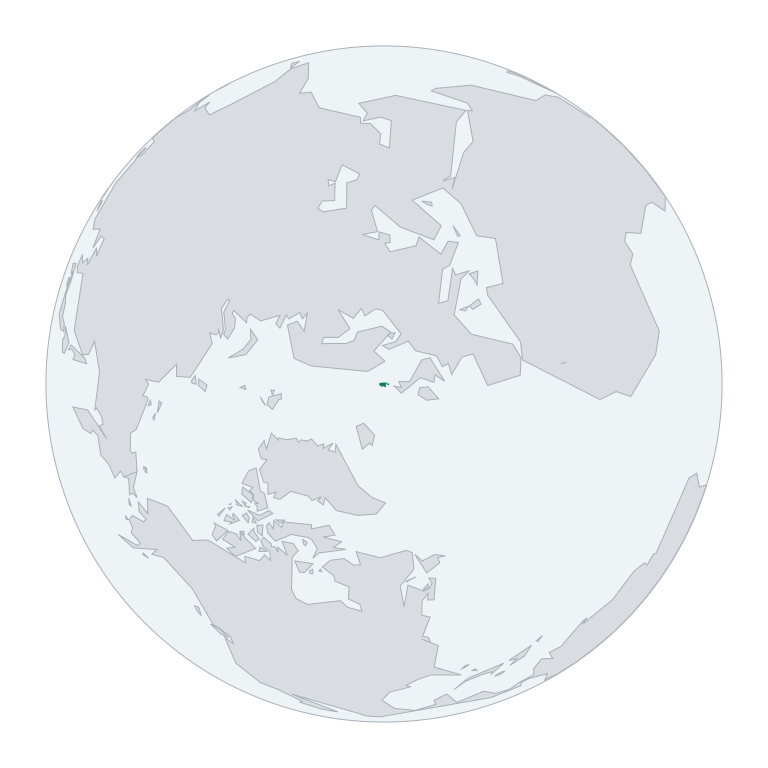 the Earth from above Shetland Islands, rotated 251°
{"feature_id": "GBR-2747", "entity_name": "Shetland Islands", "entity_type": "Unitary District (city)", "adm_level": 1, "iso_a3": "GBR", "parent_name": "United Kingdom", "parent_adm1": "", "projection": "orthographic", "projection_center": [-1.232, 60.181], "detail": "fine", "context": "on_globe", "style": "filled", "palette": "teal", "viewbox_px": 768, "rotation_deg": 251, "n_neighbors": 0, "source": "natural_earth", "source_scale": "10m", "svg_char_len": 13085}
<svg xmlns="http://www.w3.org/2000/svg" viewBox="0 0 768 768"><g transform="rotate(251 384 384)"><circle cx="384" cy="384" r="338" fill="#eef3f6" stroke="#a8b0b8"/><path d="M53.0,452.2L53.2,450.0L51.6,439.5L57.0,444.0L58.3,425.2L57.1,416.5L54.2,415.1L52.7,383.0L55.8,364.0L70.5,272.1L76.1,258.8L82.8,249.9L120.7,195.9L88.9,233.7L97.4,218.5L110.4,201.0L110.7,203.3L129.6,184.4L141.7,170.1L168.3,153.0L196.0,151.0L187.6,157.1L195.2,156.4L206.3,149.0L211.8,144.3L253.2,136.0L291.8,119.1L298.6,108.9L301.3,115.4L310.8,93.5L328.3,83.7L311.7,98.0L312.5,102.0L326.0,96.6L329.8,99.6L338.5,98.9L341.7,103.2L331.8,111.9L333.7,115.0L343.2,111.0L352.4,113.3L338.2,118.5L352.9,123.1L338.9,139.6L298.4,152.2L293.7,166.8L260.2,194.7L266.3,196.4L257.5,208.8L261.4,215.6L254.0,219.3L263.4,221.6L269.4,216.9L275.5,216.4L278.3,220.2L269.5,225.4L266.8,224.3L265.7,227.8L260.0,229.0L264.4,230.5L253.3,236.8L268.3,236.3L262.9,246.0L254.5,248.7L250.2,240.9L219.9,229.7L210.0,230.9L200.4,240.0L193.3,272.2L184.5,277.1L176.4,289.1L183.5,289.5L192.4,280.4L203.7,284.8L213.3,273.7L219.3,274.1L231.1,266.1L234.8,275.6L232.0,289.3L222.4,296.5L220.9,303.0L234.5,303.1L220.9,324.0L219.4,351.1L215.3,355.9L199.1,351.9L187.8,333.6L166.9,330.5L186.0,341.2L175.3,353.9L175.9,359.9L179.7,364.5L185.9,363.2L183.4,369.6L163.6,361.0L165.6,355.0L171.8,357.6L166.4,349.3L153.0,344.5L148.6,351.8L133.0,338.4L129.7,343.6L124.4,343.9L130.7,336.3L119.1,350.1L100.0,339.3L83.7,362.4L93.7,333.4L93.6,320.3L91.9,306.8L89.1,310.3L90.8,289.1L85.7,278.9L73.8,288.5L65.2,307.2L64.3,328.8L68.6,328.3L70.5,342.2L59.2,349.3L61.0,378.2L55.2,388.8L54.4,403.1L57.7,414.4L60.4,430.8L65.8,432.6L72.9,443.3L69.5,454.3L76.2,452.7L78.3,466.0L94.6,494.0L92.5,494.3L105.7,529.9L125.5,559.3L130.1,572.2L127.2,573.9L135.3,583.2L135.5,586.2L172.8,620.8L195.9,641.9L197.9,650.6L183.9,648.7L183.7,656.0L175.5,649.9L157.3,634.6L140.3,618.1L124.5,600.4L109.9,581.7L96.7,561.9L84.9,541.3L74.6,520.0L65.9,497.9L58.6,475.3L53.0,452.2ZM78.5,367.7L81.0,406.4L74.9,391.2L76.9,392.5L77.3,381.2L76.3,363.7L72.3,351.0L78.5,367.7ZM90.0,369.6L89.2,363.8L90.7,368.7L90.0,369.6ZM213.6,141.9L206.1,148.6L194.7,154.4L200.5,148.4L213.6,141.9ZM235.9,132.6L233.4,136.2L225.1,135.8L229.1,133.8L235.9,132.6ZM302.7,101.3L295.9,104.8L301.2,100.4L302.7,101.3ZM339.1,98.1L339.8,96.2L344.0,96.7L339.1,98.1ZM228.3,261.6L229.6,263.8L226.7,264.1L228.3,261.6ZM232.1,256.1L227.8,254.9L229.0,252.1L231.6,252.9L232.1,256.1ZM352.9,103.9L359.4,105.5L351.0,105.3L352.9,103.9ZM237.2,258.4L231.6,247.4L233.8,242.7L245.8,242.0L237.2,258.4ZM362.0,107.4L377.9,111.8L380.9,107.8L381.4,121.9L367.7,113.3L357.0,113.5L362.7,110.7L362.0,107.4ZM270.1,213.8L263.9,219.0L266.4,211.3L270.1,213.8ZM270.2,209.1L269.4,187.3L280.0,181.9L278.1,190.1L289.8,180.8L295.3,188.9L290.2,195.8L282.2,197.6L290.4,199.4L270.2,209.1ZM379.1,129.3L381.5,131.9L377.1,130.9L379.1,129.3ZM278.2,215.7L277.0,211.6L286.2,206.6L290.0,213.9L285.8,213.1L278.2,215.7ZM290.1,174.6L297.5,172.4L304.1,178.2L307.9,178.2L296.4,188.6L290.1,174.6ZM285.2,216.2L291.8,217.8L290.1,223.6L279.9,219.4L285.2,216.2ZM286.9,202.3L291.4,200.3L290.1,203.8L286.9,202.3ZM287.6,245.8L286.1,240.7L290.7,237.6L287.6,245.8ZM294.3,218.0L294.9,216.0L296.5,214.3L300.4,216.6L294.3,218.0ZM301.8,192.2L303.0,195.2L306.8,188.2L311.9,192.6L303.3,198.8L309.2,198.0L310.7,199.3L302.0,203.0L301.8,192.2ZM309.3,213.9L300.1,223.8L301.9,233.9L297.8,236.8L295.6,220.2L309.3,213.9ZM305.7,207.1L307.0,211.9L301.3,213.0L296.9,210.4L305.7,207.1ZM318.5,193.4L312.9,185.0L315.0,184.0L318.5,193.4ZM310.9,216.6L313.1,214.1L311.7,217.1L310.9,216.6ZM317.4,200.2L315.1,197.3L317.6,196.2L317.4,200.2ZM319.3,211.8L316.4,214.9L313.3,213.2L319.3,211.8ZM319.4,206.3L323.2,205.5L314.0,210.7L317.9,205.2L319.4,206.3ZM320.0,199.6L320.7,198.0L320.6,201.0L320.0,199.6ZM332.6,217.0L321.8,224.0L315.0,220.0L326.5,213.7L332.6,217.0ZM704.1,275.7L703.5,274.0L706.3,289.0L712.0,304.5L711.2,299.7L713.3,308.0L713.2,307.9L714.1,312.9L710.2,300.8L703.8,294.1L707.3,311.0L703.5,304.5L695.3,306.5L698.3,331.0L705.5,379.4L712.4,398.5L712.3,417.3L697.4,411.8L686.3,398.7L683.8,410.1L666.2,412.7L643.9,448.5L638.2,446.7L634.6,456.0L621.8,462.3L612.2,458.0L605.6,466.0L630.6,476.7L637.4,467.9L639.6,450.0L645.5,456.4L657.5,451.5L653.2,488.8L616.0,550.5L608.3,537.8L558.7,514.6L557.9,507.9L557.5,507.3L556.7,506.3L556.3,518.4L546.4,512.0L577.3,535.0L584.3,547.2L615.5,552.0L613.6,556.5L622.4,554.4L645.7,524.2L646.7,529.3L638.2,563.6L602.4,620.1L604.9,630.4L598.4,642.1L571.0,664.0L568.3,667.2L558.2,673.6L530.9,688.3L502.4,700.5L472.9,710.0L469.2,710.9L456.1,706.0L468.8,696.2L467.5,689.7L442.8,675.9L448.5,662.3L440.9,658.0L425.8,661.6L416.5,655.7L407.0,656.4L344.4,661.5L323.0,650.2L291.8,613.3L301.3,601.0L298.9,583.2L361.5,522.9L379.5,526.8L434.1,511.0L441.7,512.2L440.3,529.3L485.3,536.8L493.9,520.0L529.7,515.4L550.2,503.5L548.6,470.6L514.9,489.6L504.1,478.1L527.1,450.5L555.8,433.6L552.5,428.7L530.2,427.5L532.5,412.2L521.9,426.1L529.4,428.9L523.0,438.0L515.8,436.0L516.9,430.5L507.0,432.9L504.3,459.3L511.6,465.0L488.3,480.0L498.2,491.2L493.4,500.3L474.9,484.8L473.5,476.8L442.5,461.9L442.0,471.6L471.1,486.5L463.9,487.1L463.3,501.2L458.1,490.9L426.5,472.8L402.6,482.8L379.7,518.8L364.2,522.1L347.9,515.6L348.9,481.5L383.4,478.0L384.2,466.7L370.9,451.0L382.5,451.6L381.3,445.0L393.7,442.8L405.0,424.8L416.6,420.8L415.2,399.8L420.9,395.1L420.2,408.8L425.9,416.5L454.1,406.7L457.8,400.7L454.6,388.0L462.8,387.2L456.0,376.3L469.3,364.8L447.4,369.9L443.0,356.0L447.7,341.9L442.4,338.4L434.6,361.5L435.0,370.0L441.7,375.7L439.4,400.8L431.0,407.3L418.5,385.2L405.2,392.3L401.2,372.6L424.7,321.1L437.5,307.3L471.2,311.9L471.6,322.4L459.8,325.7L476.2,334.6L472.2,328.1L479.0,327.7L476.5,315.1L481.2,314.2L470.8,303.7L476.3,301.3L482.8,308.0L483.8,288.0L493.6,280.2L491.5,276.1L486.6,274.0L502.3,266.0L500.1,263.4L494.1,264.9L485.8,260.9L477.3,250.9L483.2,248.6L487.1,251.9L504.1,255.9L513.4,265.5L515.0,263.6L508.2,254.8L487.5,249.9L480.7,244.5L490.6,245.3L486.5,244.6L485.0,241.3L489.0,236.0L478.1,234.6L453.4,203.0L458.7,190.4L470.2,194.2L459.1,171.5L466.0,160.1L460.4,161.4L451.4,152.2L449.1,155.6L445.8,155.6L421.5,134.8L420.3,128.6L403.6,122.3L400.7,123.1L400.6,127.2L381.4,121.9L380.9,107.8L387.4,106.5L382.7,99.0L398.2,97.5L408.9,93.1L428.6,96.7L435.3,93.4L432.6,90.8L439.7,84.9L463.6,82.3L455.9,95.4L422.5,103.9L437.1,101.1L437.3,105.2L444.7,106.5L454.7,104.5L453.7,102.1L487.6,118.8L518.7,124.3L508.1,114.2L509.7,108.5L535.7,108.6L586.6,135.4L589.2,130.3L594.8,132.2L604.6,141.1L596.7,138.5L599.3,144.9L593.3,142.4L606.3,156.6L598.4,153.7L612.4,166.7L616.0,164.9L607.5,153.1L623.1,166.2L624.8,159.3L633.9,164.2L661.3,195.7L675.7,220.4L678.4,224.1L679.5,229.8L688.0,246.0L691.7,244.8L694.1,249.8L698.3,260.0L704.1,275.7ZM345.7,557.6L345.3,563.5L345.7,557.6ZM590.4,429.5L604.9,415.8L591.1,403.9L595.5,397.8L589.2,396.2L590.0,403.1L573.5,397.1L577.1,385.2L571.6,378.5L566.5,382.8L562.5,405.9L586.2,414.3L586.0,425.2L590.4,429.5ZM95.2,494.7L96.8,500.1L93.8,495.7L95.2,494.7ZM71.7,393.4L73.3,399.8L73.4,404.8L71.7,400.6L71.7,393.4ZM91.6,444.3L94.6,451.9L90.4,445.9L91.6,444.3ZM81.9,412.1L89.0,438.5L81.0,428.0L76.9,411.4L81.1,420.2L81.9,412.1ZM84.4,373.3L84.9,378.0L83.1,378.9L84.4,373.3ZM91.1,373.2L90.5,371.9L91.3,368.3L91.1,373.2ZM176.5,354.4L178.0,355.3L180.8,360.8L177.3,360.0L176.5,354.4ZM206.3,376.2L201.6,386.1L202.5,378.2L196.8,378.6L191.5,362.9L212.9,357.6L204.2,362.6L206.3,376.2ZM190.4,341.2L191.3,351.3L189.5,340.5L190.4,341.2ZM362.7,412.7L368.9,416.6L367.0,424.7L352.2,431.0L354.7,419.2L362.7,412.7ZM378.1,420.4L369.7,397.4L378.6,393.0L375.0,399.3L381.7,398.7L377.8,408.7L394.4,427.5L393.9,436.0L366.8,442.2L376.0,435.3L369.4,431.7L378.1,420.4ZM332.8,351.1L329.3,342.3L353.0,343.9L353.5,352.0L338.8,358.5L329.6,352.7L332.8,351.1ZM259.4,259.8L256.5,257.3L259.0,255.7L263.4,256.6L259.4,259.8ZM286.5,243.7L274.5,269.7L270.6,268.0L268.3,286.0L257.1,288.6L259.0,276.7L248.6,292.5L245.8,282.8L240.0,294.2L245.4,267.5L242.4,259.9L250.0,267.3L260.3,265.1L263.9,261.8L272.0,247.1L270.8,230.1L280.9,225.6L288.4,226.9L290.2,230.3L283.0,232.1L290.6,235.4L281.7,240.6L286.5,243.7ZM369.6,252.3L360.6,251.7L374.3,261.5L365.4,265.8L367.5,266.6L363.1,273.4L361.4,283.3L356.7,284.1L358.1,287.6L355.2,292.4L355.5,297.6L347.1,300.9L346.8,307.7L343.0,305.5L344.8,316.4L339.7,309.8L335.5,315.7L342.6,318.9L296.5,326.3L281.1,335.3L271.0,346.7L263.6,334.5L268.3,316.5L279.7,297.9L295.6,291.3L289.4,287.3L295.2,283.1L297.7,288.0L297.3,278.0L302.7,275.9L312.8,260.9L308.9,248.2L312.5,242.6L316.8,246.6L317.4,238.3L327.9,242.1L330.7,238.3L343.8,238.5L350.4,248.7L353.1,243.7L363.2,243.9L369.6,252.3ZM336.4,217.4L346.2,228.0L346.2,235.8L323.3,232.3L319.3,235.2L304.7,233.8L305.0,222.7L309.1,224.1L313.3,222.9L311.5,226.8L316.0,222.8L321.9,224.7L326.9,222.1L328.8,226.2L336.4,217.4ZM447.4,504.2L452.8,503.5L460.5,500.5L460.3,509.6L447.4,504.2ZM425.6,492.3L430.1,490.2L433.5,501.0L428.0,501.9L425.6,492.3ZM429.5,480.1L430.0,489.2L426.5,484.8L429.5,480.1ZM424.0,406.2L428.3,403.4L429.9,406.1L428.9,411.1L424.0,406.2ZM408.3,283.9L403.1,281.9L403.7,279.7L396.3,270.3L402.3,266.6L409.1,270.9L408.3,283.9ZM544.6,479.2L540.4,488.3L536.5,487.4L538.8,484.4L544.6,479.2ZM499.7,501.8L511.4,500.8L499.5,504.3L499.7,501.8ZM413.6,278.3L409.8,274.8L415.1,275.2L413.6,278.3ZM406.2,263.5L412.0,262.9L402.1,265.1L406.2,263.5ZM603.4,641.0L603.5,641.0L616.1,627.6L630.6,612.7L638.7,601.7L639.9,603.4L627.0,618.8L603.4,641.0ZM718.2,333.7L718.2,334.8L716.6,324.4L716.5,323.8L718.2,333.7ZM713.2,398.6L717.2,401.2L716.5,409.2L713.2,398.6ZM681.7,228.1L685.3,236.1L683.8,234.3L678.2,223.1L681.7,228.1ZM641.0,168.9L647.0,174.1L649.8,177.1L648.6,177.1L641.0,168.9ZM459.3,245.3L462.9,262.2L469.5,272.7L479.4,275.6L467.0,279.0L456.8,262.9L459.3,245.3ZM453.5,208.3L444.8,206.4L447.4,202.8L449.7,202.8L453.5,208.3ZM449.1,210.3L440.6,216.3L435.0,212.4L442.8,208.3L449.1,210.3ZM427.5,246.8L428.1,252.0L423.8,251.5L427.5,246.8ZM658.5,186.9L655.9,183.6L651.3,177.4L653.6,180.3L658.5,186.9ZM587.7,121.1L584.8,120.7L578.7,115.5L582.4,117.2L587.7,121.1ZM556.1,99.7L576.1,114.1L591.8,126.8L590.1,124.0L599.5,129.5L598.3,132.1L582.6,121.1L571.9,112.1L564.0,109.0L552.3,101.9L545.2,101.4L538.0,98.2L541.2,96.1L556.1,99.7ZM542.5,101.6L525.8,99.7L517.1,91.6L518.8,90.2L530.1,94.4L534.0,98.3L542.5,101.6ZM519.2,97.0L522.7,100.9L505.8,109.5L500.0,109.4L508.4,97.9L512.2,101.2L517.9,100.7L519.2,97.0ZM384.1,130.1L381.7,131.7L381.6,129.0L384.1,130.1ZM444.7,157.7L440.2,157.2L440.2,153.9L444.7,157.7ZM427.5,154.3L430.7,158.4L424.9,155.0L427.5,154.3ZM438.1,167.5L430.7,160.4L441.3,165.9L438.1,167.5Z" fill="#d9dde1" stroke="#a8b0b8" stroke-width="1"/><path d="M384.4,382.6L384.5,382.4L384.5,382.5L384.3,382.8L384.4,382.7L384.5,382.7L384.5,382.8L384.4,383.0L384.2,383.0L384.4,383.1L384.5,383.2L384.3,383.4L384.3,383.5L384.3,383.4L384.4,383.5L384.2,383.6L384.1,383.9L384.2,383.7L384.1,383.9L384.1,384.0L384.2,383.9L384.3,384.0L384.2,384.1L384.3,384.1L384.2,384.2L384.3,384.2L384.3,384.3L384.2,384.2L384.1,384.3L384.1,384.5L384.2,384.8L384.1,385.1L384.0,385.3L383.9,385.4L383.9,385.5L383.9,385.8L383.8,385.7L383.7,385.7L383.6,385.4L383.7,385.2L383.8,384.9L383.8,384.6L383.9,384.4L383.9,384.2L383.8,383.8L383.9,383.7L383.7,383.9L383.6,383.6L383.7,383.8L383.5,384.0L383.5,383.9L383.4,384.0L383.2,384.0L383.1,383.9L383.3,383.8L383.2,383.6L383.2,383.8L383.1,383.7L382.9,383.8L382.8,383.7L382.7,383.7L382.7,383.4L382.8,383.2L383.0,383.3L383.1,383.2L383.3,383.2L383.3,383.4L383.4,383.2L383.5,383.2L383.6,383.4L383.6,383.2L383.8,383.1L383.7,383.0L383.8,383.0L383.8,382.9L383.7,382.9L383.7,382.7L383.6,382.8L383.5,382.7L383.4,382.5L383.4,382.4L383.4,382.2L383.3,382.3L383.2,382.3L383.2,382.2L383.3,382.2L383.1,382.2L383.0,382.3L382.9,382.2L383.0,382.0L383.1,381.9L383.3,382.0L383.5,382.1L383.4,382.0L383.3,381.9L383.4,381.7L383.5,381.6L383.4,381.6L383.5,381.5L383.5,381.4L383.6,381.5L383.8,381.6L383.7,381.5L383.7,381.4L383.8,381.3L383.8,381.5L383.8,381.8L383.7,381.8L383.8,381.9L383.7,382.0L383.8,382.0L383.7,382.2L383.8,382.2L383.8,382.3L383.7,382.4L383.7,382.6L383.8,382.5L384.0,382.5L383.9,382.3L383.9,382.2L383.9,382.3L384.0,382.1L384.1,382.3L384.2,382.5L384.2,382.8L384.3,382.8L384.3,382.7L384.4,382.6ZM384.7,381.0L384.7,381.3L384.5,381.2L384.6,381.3L384.6,381.5L384.5,381.4L384.5,381.5L384.6,381.8L384.6,382.0L384.4,382.1L384.2,382.1L384.2,381.9L384.2,381.4L384.3,381.2L384.3,381.3L384.3,381.5L384.4,381.4L384.3,381.2L384.3,380.9L384.4,380.7L384.5,380.8L384.6,380.7L384.7,380.8L384.7,381.0ZM385.0,381.0L384.9,381.0L384.8,380.9L384.8,380.7L384.9,380.4L385.0,380.2L385.1,380.3L385.1,380.1L385.3,380.1L385.4,380.3L385.2,380.5L385.1,380.8L385.2,381.0L385.0,381.0ZM385.3,381.4L385.4,381.5L385.1,381.6L384.9,381.6L384.8,381.4L385.2,381.4L385.2,381.5L385.3,381.4ZM384.5,384.1L384.5,384.3L384.4,384.4L384.3,384.1L384.5,384.1ZM384.8,382.8L384.7,383.1L384.6,382.9L384.8,382.8ZM383.7,384.5L383.8,384.5L383.7,384.8L383.7,384.7L383.6,384.8L383.6,384.7L383.7,384.4L383.8,384.4L383.7,384.5ZM381.6,384.1L381.6,384.3L381.4,384.2L381.5,384.1L381.6,384.1ZM382.7,387.8L382.8,387.7L383.0,387.7L382.9,387.7L382.9,387.8L382.7,387.8Z" fill="#14b8a6" stroke="#0f766e" stroke-width="1.5"/></g></svg>